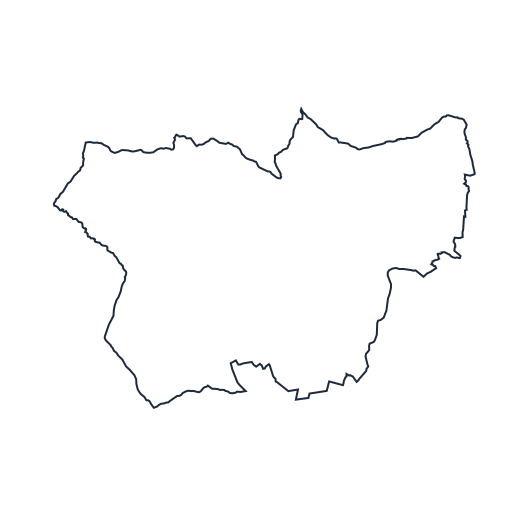 outline of Cislau, Buzau, Romania, rotated 97°
{"feature_id": "2599482B87783009724517", "entity_name": "Cislau", "entity_type": "district", "adm_level": 2, "iso_a3": "ROU", "parent_name": "Romania", "parent_adm1": "Buzau", "projection": "orthographic", "projection_center": [26.377, 45.21], "detail": "fine", "context": "isolated", "style": "outline", "palette": "slate", "viewbox_px": 512, "rotation_deg": 97, "n_neighbors": 0, "source": "geoboundaries", "source_scale": "gbopen_adm2", "svg_char_len": 6042}
<svg xmlns="http://www.w3.org/2000/svg" viewBox="0 0 512 512"><g transform="rotate(97 256 256)"><path d="M354.1,396.2L355.8,396.2L358.0,394.8L362.2,389.4L363.5,388.6L364.8,387.0L367.5,385.4L368.9,382.9L371.7,380.5L375.2,375.9L381.5,371.4L384.3,367.5L389.1,362.2L392.9,359.9L397.6,359.1L402.7,357.2L405.2,355.3L407.2,353.3L409.4,349.7L412.4,347.3L412.6,346.8L412.4,345.4L413.1,344.0L416.1,341.8L419.1,338.9L417.6,336.0L415.4,333.9L414.2,332.1L413.5,329.1L412.4,327.2L412.0,325.2L410.5,323.9L404.5,317.2L404.4,315.7L403.6,314.2L402.8,313.2L401.2,312.2L399.2,309.6L397.9,306.6L398.0,303.7L397.5,301.4L398.0,298.6L398.1,295.8L396.9,294.3L393.3,292.0L392.3,290.7L391.7,289.0L390.5,288.0L393.0,283.6L393.1,282.4L392.8,280.6L392.8,277.1L393.3,276.1L392.8,271.3L393.6,270.0L394.0,267.0L395.3,265.1L394.9,261.6L394.6,261.1L394.3,259.8L393.0,258.3L392.8,254.6L391.3,249.8L386.0,256.7L383.6,259.1L371.6,265.6L365.5,268.0L362.1,263.3L365.9,260.3L365.8,258.8L364.1,255.5L361.7,247.3L364.5,244.8L365.8,242.3L362.6,239.0L364.0,236.9L367.1,235.2L366.6,233.6L364.5,232.8L362.5,230.7L361.8,230.0L362.9,229.0L373.1,224.4L374.7,223.0L375.4,221.7L378.2,221.1L378.6,219.8L386.2,207.4L383.4,198.1L393.7,198.9L390.5,186.7L386.0,186.1L381.3,169.4L371.6,168.1L373.6,154.0L371.7,153.6L369.3,153.6L365.4,152.4L364.7,151.5L362.0,151.8L363.3,149.0L362.8,147.6L363.4,146.7L363.8,145.2L368.7,140.8L366.9,139.2L365.5,138.6L356.6,132.6L354.7,132.6L351.9,131.1L350.2,132.1L342.5,135.0L339.8,134.9L335.6,132.2L331.4,132.8L329.1,132.5L327.1,128.8L325.8,128.0L322.2,127.1L319.2,126.5L307.8,127.5L305.4,127.0L304.2,124.3L301.5,121.7L294.2,119.9L282.0,119.8L277.7,118.8L271.4,118.2L267.6,118.5L259.3,122.9L256.1,123.2L254.0,122.1L251.8,119.0L250.8,115.1L251.5,112.4L250.9,108.1L251.1,100.1L251.4,98.0L250.8,95.9L256.2,87.2L252.5,84.1L250.5,80.8L246.2,75.8L244.3,76.8L244.3,78.3L243.4,79.1L242.8,81.0L241.1,80.1L239.9,80.2L239.1,78.7L238.6,78.4L237.4,75.1L236.4,73.9L235.4,74.7L233.8,75.0L232.2,76.0L231.7,75.9L231.3,74.5L231.4,73.4L230.6,72.0L229.8,72.2L229.2,69.4L231.2,63.8L232.7,62.2L233.3,60.5L233.6,57.9L233.0,56.7L233.3,53.6L233.0,53.3L231.4,53.0L230.8,53.2L226.8,59.5L226.2,59.9L222.8,59.7L222.6,59.3L221.2,59.5L219.7,60.0L217.7,61.7L213.6,61.0L213.6,57.8L213.3,55.9L212.0,53.2L207.4,53.9L204.2,53.6L191.4,54.4L191.6,53.0L185.3,54.1L184.5,52.5L182.6,53.0L170.1,53.9L167.6,53.6L165.6,52.5L164.0,53.1L161.9,53.3L160.9,54.0L160.8,55.7L159.4,56.3L159.4,57.1L158.9,58.2L157.4,56.9L156.2,56.6L155.5,56.9L154.6,58.0L153.7,58.3L151.5,58.1L149.7,58.7L150.2,53.3L148.2,49.1L146.8,49.1L138.8,52.0L135.8,52.7L129.2,55.7L124.0,57.2L121.1,59.0L119.8,58.7L118.4,60.3L118.0,59.8L116.1,60.1L114.9,61.9L112.6,62.1L109.5,63.7L107.4,64.3L104.8,64.2L103.4,63.3L100.0,62.9L95.4,66.4L94.7,68.2L94.6,72.2L93.9,72.7L94.1,75.3L92.9,81.6L93.1,83.6L94.5,84.7L94.6,86.2L95.8,88.1L100.6,91.1L103.5,94.9L108.4,98.7L109.7,101.5L113.5,106.7L117.6,109.9L119.9,115.8L120.4,120.8L121.3,121.5L122.2,125.3L121.9,126.4L122.2,127.1L122.7,127.4L122.9,128.0L122.5,128.1L122.9,129.3L123.6,130.5L124.3,130.4L125.8,133.6L125.9,137.4L126.4,139.6L127.2,141.4L128.1,141.7L129.7,145.0L132.5,153.1L134.6,157.6L135.9,162.7L137.5,165.8L137.7,167.1L137.4,168.4L136.4,169.7L135.2,175.4L133.2,178.4L133.0,185.6L133.2,187.7L129.9,190.0L129.5,191.0L129.9,192.5L129.3,195.8L127.8,198.7L126.6,200.5L122.8,205.0L120.5,210.4L118.2,212.1L113.5,218.4L112.1,221.8L109.6,224.0L107.3,227.1L104.6,229.0L106.6,229.3L108.0,228.7L108.9,227.6L110.1,227.0L114.4,226.8L114.7,227.3L114.5,229.3L114.6,229.8L115.8,230.4L118.9,230.6L120.4,232.3L126.6,233.9L133.2,233.8L136.8,236.3L138.5,236.6L140.4,236.4L142.6,237.4L145.0,237.9L145.6,238.4L146.0,239.8L147.4,242.2L149.7,244.0L150.7,245.9L152.1,246.5L154.0,249.5L156.8,249.0L160.6,248.9L162.0,247.7L163.7,247.2L171.2,241.6L173.6,241.3L174.5,240.6L176.0,241.3L176.0,243.8L175.6,245.0L172.4,250.6L170.9,251.8L170.5,252.7L170.6,254.8L167.6,263.6L166.9,264.5L162.5,267.4L162.2,269.6L161.5,270.6L161.5,271.8L160.6,276.2L159.9,278.0L157.1,281.3L156.7,282.2L152.1,284.9L150.0,287.9L149.7,289.3L149.6,291.4L148.1,293.6L148.1,294.8L146.9,297.3L148.1,298.9L148.4,300.2L148.0,306.4L146.9,307.9L144.7,312.6L145.1,315.1L147.8,317.2L149.0,319.4L151.3,321.7L152.1,323.4L152.5,326.3L154.2,328.1L153.2,329.5L147.1,335.1L147.7,339.4L146.2,340.9L145.8,342.7L146.8,346.4L145.2,349.6L145.8,350.3L147.6,350.7L148.7,351.6L150.3,350.5L153.7,351.8L155.9,350.8L158.6,350.6L160.2,351.2L160.8,353.0L160.1,354.4L159.8,358.5L160.8,361.0L160.6,362.8L160.8,364.0L162.3,367.0L165.6,370.6L166.5,374.0L166.8,377.2L166.6,380.5L164.9,382.6L164.7,383.7L166.8,388.9L167.4,391.6L166.8,395.9L167.1,401.4L167.4,402.4L169.4,405.4L170.9,408.7L170.3,411.1L169.4,413.0L168.7,413.7L166.8,414.7L165.7,416.1L164.3,420.5L162.8,423.3L163.1,425.3L162.8,427.3L163.4,430.8L163.1,434.7L164.1,438.8L172.7,439.6L175.1,440.3L178.1,439.6L179.5,439.8L180.4,438.7L183.3,439.0L187.3,438.7L189.9,440.8L192.4,441.0L194.3,443.0L195.9,444.0L198.4,446.2L204.8,449.2L206.9,451.6L215.9,455.5L218.4,457.9L220.9,458.6L222.6,459.6L223.9,461.3L225.6,461.5L228.4,462.9L229.2,462.9L230.7,462.3L230.7,461.2L231.6,459.0L234.6,456.0L234.6,455.0L233.5,454.4L233.2,453.7L233.5,453.0L234.7,453.1L235.2,452.7L235.4,451.3L234.7,450.3L234.7,449.8L236.0,449.1L236.7,447.8L238.5,447.5L238.8,446.3L239.9,445.0L240.0,443.6L241.7,442.1L241.1,439.3L241.3,438.7L243.8,436.1L243.9,433.8L244.2,433.0L245.2,432.3L248.6,431.5L249.7,429.3L249.3,428.6L249.7,428.0L251.1,427.9L253.0,428.5L253.2,427.3L254.8,425.6L255.9,425.7L257.2,425.1L257.2,423.4L258.6,422.1L258.3,420.1L258.9,419.0L258.6,418.4L259.5,417.8L260.7,417.9L261.3,417.4L261.9,414.6L261.7,412.9L263.9,410.7L264.4,408.5L264.2,406.6L264.7,405.3L265.4,404.6L267.7,404.4L268.6,403.9L270.3,400.0L270.5,398.2L273.2,396.2L274.2,394.6L279.8,390.5L280.2,389.1L281.3,388.3L281.8,387.1L284.9,386.1L287.4,383.1L288.5,382.7L290.8,382.8L293.1,383.7L294.0,383.1L296.9,383.3L299.4,384.7L302.3,385.5L307.8,386.0L313.7,387.5L316.6,389.0L322.1,390.2L327.0,390.5L332.8,390.2L342.2,393.7L354.1,396.2Z" fill="none" stroke="#1e293b" stroke-width="2"/></g></svg>